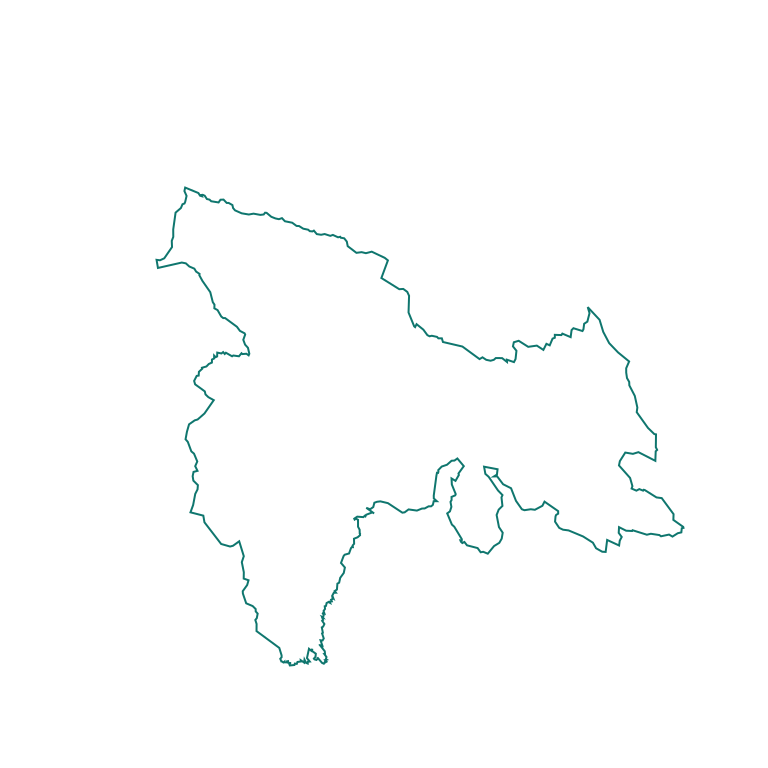 Buncrana Lea-5, Donegal, Ireland, rotated 244°
{"feature_id": "5873133B98241361012994", "entity_name": "Buncrana Lea-5", "entity_type": "district", "adm_level": 2, "iso_a3": "IRL", "parent_name": "Ireland", "parent_adm1": "Donegal", "projection": "equal_earth", "projection_center": [-7.424, 55.085], "detail": "fine", "context": "isolated", "style": "outline", "palette": "teal", "viewbox_px": 768, "rotation_deg": 244, "n_neighbors": 0, "source": "geoboundaries", "source_scale": "gbopen_adm2", "svg_char_len": 6166}
<svg xmlns="http://www.w3.org/2000/svg" viewBox="0 0 768 768"><g transform="rotate(244 384 384)"><path d="M296.8,614.2L309.8,608.2L322.0,604.3L334.7,603.9L347.2,605.9L363.8,600.8L357.6,599.8L350.9,594.1L350.4,590.3L345.7,587.2L344.6,585.6L351.1,578.7L350.2,576.2L344.3,572.3L351.1,566.4L350.2,564.9L353.3,559.1L350.7,557.8L350.9,555.4L346.1,549.9L348.9,547.6L344.8,542.2L351.5,538.2L354.2,529.9L363.8,524.0L364.6,519.0L361.3,516.4L355.8,517.6L348.8,513.2L346.7,510.4L352.0,505.1L349.9,504.2L355.5,501.5L358.3,495.8L357.6,493.3L358.2,490.0L360.9,486.5L364.8,484.2L364.5,480.8L383.3,470.9L395.9,455.4L399.7,456.0L401.2,452.9L403.1,452.3L406.4,448.1L406.9,445.9L408.9,444.4L415.6,443.2L423.5,439.5L421.5,436.9L422.6,436.4L437.5,437.4L452.3,445.2L456.6,445.3L461.0,443.0L462.5,439.3L480.4,428.1L493.4,441.7L497.0,440.0L508.3,431.0L509.5,425.1L512.3,421.7L514.0,416.7L523.8,411.8L528.3,413.0L532.4,412.1L534.4,409.3L535.5,409.2L536.0,407.0L540.4,403.4L540.7,400.7L544.8,396.4L545.7,392.9L548.2,389.3L552.6,388.2L552.5,386.6L553.9,384.3L555.9,383.5L559.0,379.5L563.2,376.9L564.4,374.7L569.2,372.2L573.7,366.3L577.8,365.0L578.2,361.8L580.4,359.0L583.7,356.0L589.3,353.5L590.1,352.2L589.1,350.2L590.2,347.0L594.3,341.4L595.6,336.8L599.8,330.9L605.4,326.2L608.3,325.5L611.3,326.2L614.9,323.7L615.7,322.0L620.1,320.6L621.3,317.8L619.7,314.9L624.0,308.8L626.2,308.0L627.9,305.9L631.8,305.4L633.5,304.0L634.0,302.6L632.6,302.6L633.9,301.2L637.0,300.9L647.7,291.4L644.9,289.2L639.6,289.0L634.9,285.2L633.7,283.8L633.9,281.7L631.2,278.6L629.4,271.8L615.3,262.3L608.6,259.1L605.7,256.0L600.0,253.5L593.3,241.6L593.4,236.9L595.3,234.0L587.4,231.7L581.8,255.5L579.3,258.8L575.0,260.5L570.8,264.1L567.4,264.4L563.8,266.5L562.7,265.7L556.2,266.0L542.7,268.1L532.6,266.0L529.6,266.4L526.4,264.7L523.4,266.8L516.0,267.3L513.7,268.4L512.9,270.1L499.9,276.9L494.9,277.8L490.7,280.9L489.3,280.9L485.4,276.9L480.3,276.4L476.2,277.6L470.2,276.2L469.1,274.9L471.5,273.6L473.0,269.8L474.1,269.4L472.5,265.8L475.7,261.0L475.5,259.6L481.4,255.6L480.8,254.0L483.2,253.4L482.7,251.3L485.3,247.9L481.9,246.1L481.9,244.5L484.0,243.8L481.4,242.5L481.4,240.1L478.7,238.7L478.8,235.3L477.6,232.1L478.4,227.5L477.4,227.3L476.1,223.0L472.8,221.1L473.4,219.2L470.0,214.7L466.5,214.1L455.9,219.7L452.9,219.0L449.1,220.4L444.1,223.9L436.2,209.7L433.8,200.9L434.3,197.9L433.2,191.1L427.4,185.9L421.3,181.4L418.0,182.3L407.9,181.3L404.7,182.7L396.2,182.2L392.9,178.3L387.7,178.3L388.5,174.3L385.0,171.6L380.7,170.3L374.7,172.4L371.0,170.2L368.0,166.2L358.9,159.4L353.5,153.8L344.9,163.9L338.4,162.0L311.6,167.5L305.4,174.4L304.8,177.4L306.1,184.9L290.7,182.5L286.2,178.1L276.3,175.5L270.6,172.6L267.0,176.2L263.3,172.9L259.7,166.2L257.5,165.3L247.3,164.0L242.0,168.6L238.0,170.0L235.8,169.0L233.0,169.8L229.3,167.0L228.3,164.9L224.2,164.3L217.8,161.1L192.7,174.2L185.0,173.0L183.3,172.2L182.5,170.3L178.9,170.1L179.6,170.5L177.8,171.5L178.1,172.8L177.5,172.5L176.1,175.2L177.2,175.4L177.0,176.2L175.6,175.6L173.9,178.1L174.5,176.2L172.3,176.0L170.7,180.3L171.8,181.3L170.7,182.9L172.1,184.4L171.0,187.7L172.2,188.1L168.6,190.1L171.1,191.7L167.6,191.7L166.2,192.9L167.8,193.8L167.1,195.6L171.4,194.6L178.9,200.5L176.1,201.7L177.4,203.4L175.5,202.3L171.5,204.5L168.9,202.9L167.9,200.6L167.0,200.8L165.6,202.3L166.1,203.9L167.5,204.2L160.4,206.1L159.0,207.3L160.6,209.7L159.5,209.3L159.6,210.6L161.7,210.0L161.4,211.6L162.2,211.1L163.8,212.6L167.4,212.0L167.1,212.6L169.8,213.6L176.2,212.2L175.8,212.8L176.8,212.6L175.9,213.9L181.5,214.6L180.4,216.3L181.7,218.3L187.0,219.0L187.2,220.0L192.5,221.4L192.6,222.9L194.4,225.2L198.3,224.6L198.6,225.8L201.4,226.1L200.7,226.8L201.7,226.6L201.2,227.1L202.8,228.6L204.6,228.4L205.1,229.4L204.3,229.9L206.5,230.2L207.7,232.4L210.2,233.3L210.0,234.6L212.3,236.4L212.4,238.5L210.9,239.6L212.2,239.7L211.5,241.8L213.3,241.9L213.3,243.7L214.4,244.0L213.5,244.5L216.5,244.8L218.4,247.4L217.5,249.3L219.5,248.9L219.9,251.6L225.0,254.6L225.1,256.6L229.0,259.7L231.8,265.0L236.2,268.4L242.0,266.9L247.1,272.3L247.8,273.8L247.0,278.3L250.9,282.3L251.5,283.6L251.0,284.5L252.6,285.0L253.5,287.1L258.1,289.2L257.8,293.1L258.6,296.2L260.2,296.8L259.4,297.3L260.4,296.7L263.7,298.2L267.1,298.1L273.3,301.1L275.3,299.8L275.0,298.2L276.0,298.2L276.5,301.8L273.4,307.1L274.0,308.9L273.2,309.3L274.3,310.6L273.7,317.3L272.0,318.4L280.5,313.8L277.5,316.6L278.1,320.4L281.5,323.3L281.2,326.1L280.1,329.3L275.2,335.3L260.3,344.1L259.6,346.3L260.5,351.1L255.8,358.1L255.4,363.6L254.3,366.0L254.5,370.4L253.4,372.8L254.0,375.0L256.9,377.3L255.5,380.1L259.3,378.6L261.9,379.8L278.6,390.9L281.0,392.7L280.4,393.6L281.2,394.4L282.8,395.0L284.5,399.7L283.8,405.2L285.4,411.1L284.3,413.8L284.9,417.3L275.2,419.7L270.9,411.7L269.4,411.4L265.6,405.8L269.5,403.3L263.9,400.9L253.6,400.2L252.7,399.2L252.9,395.2L250.1,393.9L248.9,392.1L244.0,390.7L240.6,387.4L240.0,384.1L227.9,383.4L224.9,384.6L210.4,385.9L209.3,385.3L210.0,384.1L208.5,384.0L206.7,384.7L206.8,387.0L202.6,387.9L195.5,396.2L190.4,397.1L189.7,399.6L186.0,402.9L190.1,411.9L190.7,418.0L193.4,422.0L198.3,425.5L205.0,424.6L216.9,427.8L220.8,432.0L222.5,437.0L230.6,439.9L232.2,441.8L238.3,439.8L254.7,437.4L258.8,435.7L265.8,437.7L257.6,448.7L253.1,445.8L252.7,442.3L251.4,445.2L241.7,447.1L234.6,452.5L221.1,451.4L211.0,453.0L209.0,454.9L207.1,461.0L204.8,464.5L205.1,473.0L207.9,476.7L193.4,484.8L191.1,483.7L190.9,481.4L189.9,480.2L185.3,477.4L177.9,478.4L174.6,481.0L171.5,485.7L159.7,496.1L149.8,502.2L143.4,502.6L137.6,506.6L135.9,509.6L146.0,516.2L135.8,524.5L139.8,527.2L142.3,530.6L147.3,529.7L152.3,532.5L146.0,537.3L143.1,542.6L143.6,543.3L133.3,554.2L132.4,558.2L127.5,565.3L125.7,566.2L123.7,574.2L120.4,576.4L121.1,582.6L120.3,586.2L123.8,588.4L123.4,590.1L124.4,590.3L135.0,584.5L140.1,587.2L159.7,583.6L162.6,579.2L174.5,571.8L175.1,571.0L174.6,570.1L177.6,567.4L177.5,564.1L181.5,560.7L183.3,562.5L191.7,564.0L207.8,559.5L211.3,562.2L216.6,570.8L212.1,577.1L211.2,582.8L196.0,594.2L204.4,598.7L205.0,600.6L208.0,600.6L219.5,606.4L220.5,605.0L228.8,602.0L247.9,598.8L251.8,601.4L263.4,604.2L275.2,603.9L278.4,605.3L282.8,605.0L288.1,606.7L292.0,608.6L296.8,614.2Z" fill="none" stroke="#0f766e" stroke-width="2"/></g></svg>